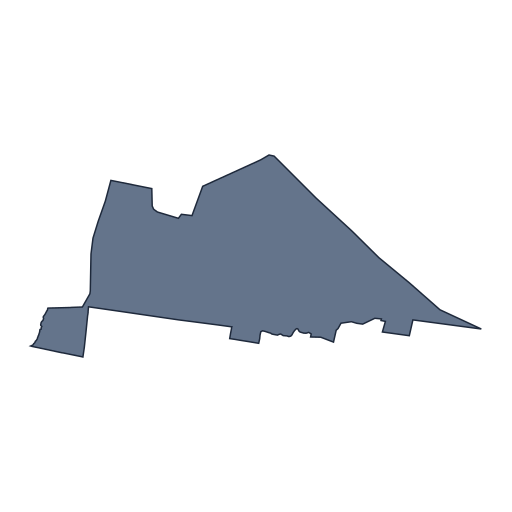 Santa María Coyotepec, Oaxaca, Mexico
{"feature_id": "50627088B52914360802824", "entity_name": "Santa María Coyotepec", "entity_type": "district", "adm_level": 2, "iso_a3": "MEX", "parent_name": "Mexico", "parent_adm1": "Oaxaca", "projection": "mercator", "projection_center": [-96.717, 16.972], "detail": "fine", "context": "isolated", "style": "filled", "palette": "slate", "viewbox_px": 512, "rotation_deg": 0, "n_neighbors": 0, "source": "geoboundaries", "source_scale": "gbopen_adm2", "svg_char_len": 2186}
<svg xmlns="http://www.w3.org/2000/svg" viewBox="0 0 512 512"><path d="M84.3,347.5L86.0,331.7L87.6,315.7L87.9,314.1L88.0,313.2L88.1,312.5L88.1,311.5L88.5,306.8L95.5,307.8L124.6,312.0L178.8,319.9L192.9,321.7L217.6,324.9L231.5,326.8L231.8,326.8L231.7,327.1L231.4,329.1L230.5,333.7L229.7,338.6L235.1,339.4L239.7,340.2L248.5,341.6L258.7,343.3L259.7,338.7L259.8,337.5L260.0,335.7L260.0,335.3L260.8,331.7L261.5,331.4L262.4,330.9L262.5,330.8L264.7,331.3L265.1,331.4L266.6,331.9L269.0,332.7L270.6,333.1L271.4,333.7L271.6,333.9L272.2,334.1L274.1,334.5L275.7,334.8L277.5,335.1L279.2,334.3L280.7,334.0L283.2,335.6L286.9,335.9L288.9,336.6L290.5,336.2L290.8,336.0L291.4,335.6L292.1,334.6L292.5,333.8L293.2,332.5L294.6,330.5L296.3,328.8L297.0,328.6L298.0,329.1L298.4,330.0L299.0,331.1L299.7,331.8L300.4,332.1L301.0,332.3L303.7,333.1L305.9,333.2L307.0,333.0L308.4,332.4L309.3,332.7L311.2,334.0L310.6,337.0L320.7,337.2L333.5,342.1L336.2,330.2L338.0,328.6L341.0,323.2L351.4,321.7L356.8,323.3L362.7,324.1L374.8,318.3L381.4,318.9L381.0,320.5L385.4,321.4L382.4,332.0L409.3,335.7L412.9,319.9L481.3,329.0L440.0,309.8L409.3,282.8L378.9,257.7L352.1,231.2L316.1,198.1L274.1,156.1L269.0,155.0L263.7,158.1L260.6,159.9L202.7,186.3L199.2,195.9L192.0,215.6L181.4,214.3L178.4,218.3L157.4,212.0L153.7,209.3L152.2,206.0L151.8,188.6L110.9,180.4L105.3,201.2L98.2,221.3L93.0,238.1L91.0,253.9L90.3,290.9L89.9,293.8L82.4,307.0L71.3,307.4L70.7,307.5L56.0,307.9L51.1,308.0L48.0,308.1L47.8,308.2L47.6,309.1L47.5,309.8L47.3,310.5L46.6,311.1L46.4,311.7L46.1,312.4L45.7,313.0L45.4,313.6L45.1,314.2L44.6,314.9L44.1,315.6L43.5,316.3L43.2,317.1L43.4,317.8L43.6,318.6L43.3,319.3L43.1,320.0L42.8,320.6L42.1,321.2L41.6,321.8L41.2,322.4L41.0,323.1L40.9,323.9L40.7,324.5L40.8,325.4L41.8,326.4L41.5,327.0L41.2,327.7L41.2,328.4L41.2,329.1L40.0,329.5L39.8,330.3L39.8,331.0L39.6,331.8L39.5,332.4L39.3,333.1L39.0,333.9L38.8,334.6L38.6,335.3L38.2,335.9L38.1,336.6L37.7,337.2L37.5,338.0L37.3,338.8L37.1,339.2L36.6,339.9L36.2,340.6L35.4,341.2L35.1,341.9L34.9,342.6L34.3,343.2L33.7,343.7L33.3,344.4L32.9,345.0L30.7,346.0L32.0,346.4L62.0,352.8L63.0,352.9L81.2,356.6L82.9,357.0L84.3,347.5Z" fill="#64748b" stroke="#1e293b" stroke-width="1.5"/></svg>